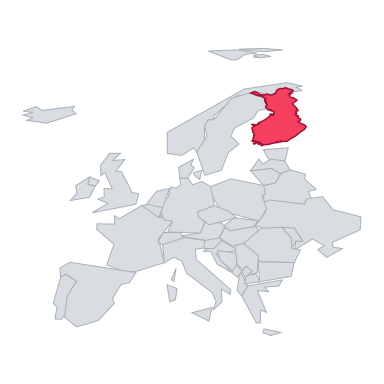 Finland on a map of Europe (Equal Earth projection)
{"feature_id": "FIN", "entity_name": "Finland", "entity_type": "country or territory", "adm_level": 0, "iso_a3": "FIN", "parent_name": "Europe", "parent_adm1": "", "projection": "equal_earth", "projection_center": [24.864, 64.94], "detail": "fine", "context": "in_parent", "style": "filled", "palette": "rose", "viewbox_px": 384, "rotation_deg": 0, "n_neighbors": 37, "source": "natural_earth", "source_scale": "50m", "svg_char_len": 12737}
<svg xmlns="http://www.w3.org/2000/svg" viewBox="0 0 384 384"><path d="M208.2,51.0L237.0,49.9L256.9,53.0L245.7,54.2L236.7,59.9L231.2,60.0L208.2,51.0ZM301.8,90.4L289.7,92.8L291.6,89.4L285.4,87.4L270.9,94.9L254.0,91.3L247.1,96.1L237.9,95.3L213.9,115.7L213.6,119.9L208.5,119.8L204.5,125.3L204.4,143.8L196.7,151.9L193.5,147.9L181.9,155.4L167.4,153.6L167.3,132.3L244.1,89.1L287.3,82.6L302.4,86.1L296.3,87.3L301.8,90.4ZM282.7,49.9L263.5,51.7L238.8,49.2L263.1,48.4L282.7,49.9ZM270.9,56.4L260.9,57.7L253.1,57.0L256.2,56.2L253.5,55.1L262.8,54.5L270.9,56.4Z" fill="#d9dde1" stroke="#a8b0b8" stroke-width="1"/><path d="M141.8,205.4L172.5,221.3L158.4,238.8L164.4,262.7L128.7,273.6L106.8,264.9L114.0,244.3L96.7,229.3L97.1,223.8L114.7,224.1L114.2,215.6L119.2,218.8L141.8,205.4ZM171.3,279.7L176.0,268.2L174.0,281.4L171.3,279.7Z" fill="#d9dde1" stroke="#a8b0b8" stroke-width="1"/><path d="M196.7,151.9L206.9,136.4L204.5,125.3L208.5,119.8L213.6,119.9L231.7,98.2L251.0,92.6L265.0,98.6L266.7,108.9L258.0,110.4L253.7,117.8L235.0,127.6L230.7,136.1L239.1,144.0L228.0,152.8L221.6,170.2L204.9,175.3L196.7,151.9Z" fill="#d9dde1" stroke="#a8b0b8" stroke-width="1"/><path d="M290.0,169.8L305.1,174.0L304.7,179.1L316.2,189.4L308.3,191.4L311.4,198.4L304.5,204.1L263.8,202.2L263.7,185.5L275.4,182.8L280.7,173.6L290.0,169.8Z" fill="#d9dde1" stroke="#a8b0b8" stroke-width="1"/><path d="M333.1,247.2L342.4,248.6L326.7,257.4L317.7,249.7L324.4,245.6L312.5,239.0L294.7,249.9L295.7,241.0L302.7,241.1L294.2,228.1L271.6,231.0L255.1,225.8L266.1,210.7L263.8,202.2L269.8,200.0L304.5,204.1L306.5,198.9L322.6,196.7L332.8,209.6L361.0,216.9L360.2,229.8L332.5,242.3L333.1,247.2Z" fill="#d9dde1" stroke="#a8b0b8" stroke-width="1"/><path d="M263.7,185.5L265.5,194.2L262.0,195.6L266.7,208.6L259.2,221.2L220.8,210.7L209.9,192.1L210.6,186.6L230.8,178.9L263.7,185.5Z" fill="#d9dde1" stroke="#a8b0b8" stroke-width="1"/><path d="M224.7,228.0L218.3,239.1L209.9,241.1L179.3,235.9L200.2,233.1L204.9,222.3L222.1,223.0L224.7,228.0Z" fill="#d9dde1" stroke="#a8b0b8" stroke-width="1"/><path d="M255.1,225.8L258.7,229.9L248.4,242.0L232.7,246.3L219.5,237.8L224.7,228.0L255.1,225.8Z" fill="#d9dde1" stroke="#a8b0b8" stroke-width="1"/><path d="M282.0,227.3L294.2,228.1L302.7,241.1L295.7,241.0L292.0,248.5L291.2,238.1L282.0,227.3Z" fill="#d9dde1" stroke="#a8b0b8" stroke-width="1"/><path d="M292.0,248.5L300.4,250.0L294.3,262.6L259.8,261.7L243.5,243.5L261.3,228.3L282.0,227.3L291.2,238.1L292.0,248.5Z" fill="#d9dde1" stroke="#a8b0b8" stroke-width="1"/><path d="M280.7,173.6L275.4,182.8L263.7,185.5L250.4,170.7L271.5,168.4L280.7,173.6Z" fill="#d9dde1" stroke="#a8b0b8" stroke-width="1"/><path d="M284.9,161.0L290.0,169.8L280.7,173.6L271.5,168.4L250.4,170.7L258.8,159.1L263.0,164.1L273.2,157.7L284.9,161.0Z" fill="#d9dde1" stroke="#a8b0b8" stroke-width="1"/><path d="M288.3,147.9L284.9,161.0L268.5,158.9L263.3,149.7L288.3,147.9Z" fill="#d9dde1" stroke="#a8b0b8" stroke-width="1"/><path d="M210.6,186.6L214.4,205.7L197.7,211.9L204.9,222.3L200.2,233.1L167.7,231.9L172.5,221.3L164.2,219.9L161.4,212.9L162.6,200.2L167.9,197.5L170.7,187.0L176.3,188.2L180.6,184.7L179.8,178.1L187.7,178.0L192.7,184.8L201.9,181.5L210.6,186.6Z" fill="#d9dde1" stroke="#a8b0b8" stroke-width="1"/><path d="M258.0,258.4L259.8,261.7L294.3,262.6L291.0,276.3L259.6,281.8L258.0,258.4Z" fill="#d9dde1" stroke="#a8b0b8" stroke-width="1"/><path d="M280.8,332.4L270.7,335.6L262.8,332.5L264.0,328.9L280.8,332.4ZM247.5,285.8L282.4,279.9L279.0,286.0L264.4,287.1L268.7,291.7L257.5,290.6L266.3,312.3L260.4,310.1L260.6,322.8L256.3,322.9L241.8,295.9L247.5,285.8Z" fill="#d9dde1" stroke="#a8b0b8" stroke-width="1"/><path d="M247.5,285.8L241.8,295.9L237.2,290.7L239.8,270.8L247.5,285.8Z" fill="#d9dde1" stroke="#a8b0b8" stroke-width="1"/><path d="M221.6,240.5L238.3,250.4L216.0,253.7L231.8,272.5L217.1,264.2L210.9,251.7L203.4,251.2L221.6,240.5Z" fill="#d9dde1" stroke="#a8b0b8" stroke-width="1"/><path d="M180.3,232.6L184.2,240.7L165.0,246.2L157.9,242.3L163.2,232.5L180.3,232.6Z" fill="#d9dde1" stroke="#a8b0b8" stroke-width="1"/><path d="M159.8,213.2L161.6,217.9L158.7,217.4L159.8,213.2Z" fill="#d9dde1" stroke="#a8b0b8" stroke-width="1"/><path d="M162.6,207.9L158.7,217.4L141.8,205.4L156.4,203.0L162.6,207.9Z" fill="#d9dde1" stroke="#a8b0b8" stroke-width="1"/><path d="M169.4,188.5L162.6,207.9L146.7,203.9L156.5,191.3L169.4,188.5Z" fill="#d9dde1" stroke="#a8b0b8" stroke-width="1"/><path d="M60.6,277.3L66.0,274.1L76.5,281.4L67.3,295.8L68.3,308.8L61.6,319.3L54.9,319.0L57.0,307.2L53.3,303.3L60.6,277.3Z" fill="#d9dde1" stroke="#a8b0b8" stroke-width="1"/><path d="M64.5,317.1L67.3,295.8L76.5,281.4L66.0,274.1L60.6,277.3L60.0,268.0L69.8,262.3L136.0,272.5L129.3,282.7L121.1,284.4L112.5,298.5L114.5,303.3L98.1,320.6L76.5,326.8L64.5,317.1Z" fill="#d9dde1" stroke="#a8b0b8" stroke-width="1"/><path d="M95.4,185.8L89.5,197.3L70.4,200.5L76.9,192.9L75.6,185.7L89.7,176.9L87.9,184.4L95.4,185.8Z" fill="#d9dde1" stroke="#a8b0b8" stroke-width="1"/><path d="M185.0,237.5L205.0,240.5L205.3,247.7L195.4,249.3L196.3,259.5L230.8,289.8L230.1,294.3L221.4,289.1L222.0,301.9L213.0,310.2L216.1,301.4L212.1,292.4L186.8,273.5L181.6,260.9L173.8,257.3L164.4,262.7L162.6,244.5L185.0,237.5ZM192.1,312.7L212.1,307.5L208.8,321.1L192.1,312.7ZM167.0,284.9L177.1,288.6L175.4,299.6L169.8,301.8L167.0,284.9Z" fill="#d9dde1" stroke="#a8b0b8" stroke-width="1"/><path d="M187.7,178.0L179.8,178.1L178.7,167.3L193.4,159.3L190.9,164.9L194.3,167.8L187.7,178.0ZM202.1,170.2L199.7,179.2L194.2,175.3L193.7,172.4L202.1,170.2Z" fill="#d9dde1" stroke="#a8b0b8" stroke-width="1"/><path d="M95.4,185.8L87.9,184.4L89.7,176.9L99.5,180.9L95.4,185.8ZM112.3,189.1L104.8,172.4L101.1,175.7L100.3,165.6L109.5,153.4L120.4,153.3L112.9,160.5L124.7,159.6L115.9,171.1L121.5,171.6L132.1,192.5L138.8,193.8L135.8,204.3L92.2,212.7L107.8,203.3L97.9,199.2L104.3,197.0L104.0,188.4L112.3,189.1Z" fill="#d9dde1" stroke="#a8b0b8" stroke-width="1"/><path d="M74.4,106.4L71.9,110.0L76.2,113.8L46.8,123.1L26.7,120.4L32.9,117.9L23.0,115.1L33.1,112.3L23.0,111.1L36.1,106.7L42.3,110.4L74.4,106.4Z" fill="#d9dde1" stroke="#a8b0b8" stroke-width="1"/><path d="M205.0,240.5L219.5,237.8L221.6,240.5L213.7,248.7L203.9,248.4L205.0,240.5Z" fill="#d9dde1" stroke="#a8b0b8" stroke-width="1"/><path d="M257.9,220.7L253.8,226.6L229.8,230.8L224.2,225.4L234.4,217.7L257.9,220.7Z" fill="#d9dde1" stroke="#a8b0b8" stroke-width="1"/><path d="M214.4,205.7L228.8,211.2L236.2,217.7L209.2,224.8L198.9,217.3L197.7,211.9L214.4,205.7Z" fill="#d9dde1" stroke="#a8b0b8" stroke-width="1"/><path d="M232.5,271.1L220.0,259.9L217.4,250.5L238.1,253.4L238.3,263.7L232.5,271.1Z" fill="#d9dde1" stroke="#a8b0b8" stroke-width="1"/><path d="M256.1,273.8L259.6,281.8L244.9,283.8L246.1,275.9L256.1,273.8Z" fill="#d9dde1" stroke="#a8b0b8" stroke-width="1"/><path d="M235.1,245.2L243.5,243.5L258.4,255.6L257.2,272.6L251.2,274.4L246.6,266.1L243.1,269.8L236.8,264.1L235.1,245.2Z" fill="#d9dde1" stroke="#a8b0b8" stroke-width="1"/><path d="M241.9,271.6L237.4,277.4L231.8,272.5L236.8,264.1L241.9,271.6Z" fill="#d9dde1" stroke="#a8b0b8" stroke-width="1"/><path d="M245.0,277.5L241.9,271.6L245.5,266.5L252.4,270.8L245.0,277.5Z" fill="#d9dde1" stroke="#a8b0b8" stroke-width="1"/><path d="M268.0,110.0L267.5,109.0L267.2,108.6L266.8,108.1L266.0,107.9L265.8,107.7L265.7,107.5L265.7,107.2L265.6,106.8L265.6,106.5L265.7,106.3L266.1,106.1L266.6,105.8L266.7,105.5L266.7,105.1L266.9,104.7L267.2,104.5L267.1,104.3L267.0,104.1L266.6,103.8L266.1,103.5L265.7,103.1L265.5,102.8L265.4,102.5L265.4,102.2L265.6,102.1L266.1,101.8L266.2,101.7L266.0,101.2L265.6,101.1L264.6,101.1L264.6,100.9L264.6,100.7L265.0,100.4L265.0,100.2L264.8,99.8L264.8,99.3L264.8,98.9L265.5,98.6L264.7,98.1L264.1,97.8L264.0,97.6L263.3,97.5L262.9,96.9L261.7,96.3L261.3,96.2L259.3,95.8L258.5,95.8L257.5,95.6L256.8,95.3L256.2,95.1L255.7,94.9L254.9,94.7L254.7,94.5L254.0,94.2L253.6,94.0L252.3,93.6L252.3,93.4L252.2,93.2L250.9,93.0L251.2,92.8L252.2,92.8L253.1,92.9L253.4,92.7L253.0,92.2L253.5,91.9L254.1,91.8L255.0,91.8L255.7,91.8L255.8,91.8L256.7,92.4L257.6,92.9L258.0,93.2L259.0,93.9L259.4,94.3L259.6,94.5L260.0,94.5L262.8,94.8L263.1,94.9L264.0,94.9L264.7,94.8L265.9,94.6L266.6,94.1L267.3,94.1L269.0,94.6L270.8,94.9L271.3,95.1L271.9,95.2L272.6,95.0L273.1,94.3L273.4,94.0L274.0,93.8L274.6,93.7L275.0,93.7L275.4,93.5L275.9,93.2L276.0,92.8L275.9,92.0L275.9,91.7L276.3,91.3L276.9,90.2L277.1,89.9L277.4,89.7L277.8,89.6L278.5,89.3L279.6,88.6L279.9,88.6L280.6,88.5L281.5,88.6L282.4,88.7L282.5,88.7L282.9,88.6L283.5,88.4L284.7,88.0L285.5,87.9L286.1,87.9L286.9,88.4L288.0,88.8L288.7,89.1L290.6,89.5L292.3,89.8L293.2,90.8L292.8,91.2L292.6,91.3L291.8,91.7L290.9,92.3L290.9,92.5L291.2,92.8L291.5,93.0L289.6,93.5L288.9,93.6L289.1,93.8L290.3,93.8L290.5,93.9L290.7,94.1L290.5,94.3L289.3,95.5L289.2,95.7L289.7,96.4L290.3,97.2L293.6,97.9L294.5,98.6L296.0,99.5L296.8,99.8L296.9,100.0L296.7,100.6L295.8,101.2L294.9,101.8L294.0,102.4L293.3,103.0L292.6,103.6L292.5,103.9L292.5,104.1L292.6,104.3L293.7,105.1L294.6,106.0L295.0,106.5L295.2,106.9L295.7,107.4L296.4,107.9L296.9,108.4L297.1,108.8L297.9,110.1L298.0,110.4L298.0,110.7L297.6,110.7L296.9,110.8L296.1,110.9L296.1,111.0L296.6,111.3L296.2,111.8L296.1,112.6L295.7,113.0L296.7,113.3L296.8,113.7L296.7,113.9L296.2,114.0L295.7,114.3L295.6,114.5L295.9,115.0L296.2,115.4L296.6,115.6L298.1,115.8L298.3,116.0L298.4,116.5L297.7,117.0L298.0,117.6L298.4,118.1L299.9,118.6L300.4,118.8L300.5,119.0L300.6,119.4L300.6,119.8L300.5,120.1L300.1,120.5L299.1,121.3L298.0,121.7L298.3,122.0L300.2,123.1L303.2,124.3L304.3,124.8L304.7,125.2L305.1,125.7L305.7,126.0L306.1,126.3L306.2,126.5L306.2,126.8L305.8,127.4L305.5,127.9L305.0,128.7L304.6,129.2L303.3,130.1L301.4,131.3L301.0,131.7L300.1,132.3L298.6,133.6L298.2,133.9L297.0,134.9L296.4,135.2L296.0,135.5L294.7,136.5L292.1,137.9L291.7,138.2L290.4,138.9L287.2,141.2L286.5,141.4L285.7,141.4L285.4,141.6L284.2,141.1L283.3,141.2L282.7,141.6L281.5,141.7L280.8,141.8L280.5,141.9L280.4,141.6L280.5,141.1L280.8,140.8L280.8,140.6L280.6,140.6L280.2,141.1L280.0,141.6L279.6,141.9L278.7,142.0L277.8,141.5L277.4,141.5L277.6,141.8L277.8,142.2L277.8,142.4L277.3,142.3L276.8,142.5L276.3,142.8L276.1,142.8L275.8,142.4L275.2,142.6L274.7,142.9L273.7,143.0L273.1,143.3L272.1,143.5L271.5,143.5L270.1,143.8L269.7,144.2L269.3,144.4L268.8,144.3L267.1,144.5L265.4,144.8L264.7,144.7L264.1,144.6L263.3,145.0L262.5,145.5L261.7,145.7L261.4,145.6L261.6,145.4L262.2,145.1L262.6,144.7L262.6,144.4L262.4,144.3L262.0,144.2L261.6,143.9L261.1,143.2L260.9,143.2L260.8,143.4L260.6,143.9L260.5,144.1L260.0,144.3L259.7,144.4L258.7,144.4L258.6,144.1L258.8,143.6L258.6,143.5L258.8,143.3L259.0,143.3L259.3,143.2L259.4,142.9L259.0,142.9L259.4,142.3L259.4,142.1L259.1,142.2L257.7,142.0L256.0,141.4L255.5,141.3L255.3,140.8L254.9,140.9L254.2,141.2L253.8,140.9L253.3,140.8L253.2,140.5L253.2,140.1L253.2,139.7L253.1,139.2L253.0,138.5L253.1,137.9L253.5,137.5L253.6,137.2L253.9,136.5L253.9,135.7L253.8,135.4L254.2,135.3L254.1,135.1L253.8,134.8L253.9,134.7L254.3,134.7L254.1,134.1L254.1,133.9L253.7,133.2L253.3,132.6L252.6,132.2L252.9,131.4L253.2,130.7L253.1,130.4L253.0,130.0L252.2,129.6L252.1,129.0L252.0,128.3L252.0,127.9L252.2,127.6L252.5,127.3L253.9,126.4L254.0,125.9L254.9,125.8L254.5,125.4L254.4,125.2L254.4,124.9L255.7,124.7L256.2,124.8L257.3,124.6L258.4,124.2L258.2,123.8L258.0,123.5L258.2,123.4L258.5,123.5L258.4,123.3L258.4,123.1L258.8,123.2L259.5,122.7L259.5,122.3L260.7,122.0L262.0,121.2L262.7,121.0L263.2,120.8L264.5,120.0L265.1,120.0L265.3,119.4L266.4,118.7L266.7,118.6L267.2,118.0L268.6,117.2L269.4,116.3L269.9,116.0L270.0,115.6L270.5,115.6L271.0,115.3L272.0,115.1L272.9,115.2L273.3,115.3L273.7,115.3L273.7,114.9L273.4,114.8L273.6,114.6L274.1,114.4L274.1,114.1L274.0,113.9L273.5,113.7L273.8,113.1L273.8,112.5L274.0,111.8L273.5,111.4L271.4,110.8L271.1,110.8L270.6,110.7L270.1,110.2L270.3,109.8L270.4,109.7L270.2,109.7L269.9,109.9L269.2,110.1L268.4,109.9L268.0,110.0ZM257.2,142.2L257.9,142.3L258.2,142.3L258.5,142.6L257.9,142.8L257.9,143.1L258.1,143.3L258.2,143.5L257.6,143.5L257.4,143.3L257.3,143.0L257.0,142.9L256.7,142.7L256.9,142.5L257.0,142.3L257.2,142.2ZM271.5,114.5L270.7,114.7L270.1,114.6L270.1,114.2L270.5,114.1L271.2,114.0L272.1,114.2L272.2,114.3L271.7,114.3L271.5,114.5ZM252.7,124.6L252.7,124.8L253.0,124.7L253.4,124.5L253.7,124.6L253.7,124.9L253.4,124.9L253.2,125.0L252.8,125.2L252.3,124.9L252.0,124.4L252.8,124.4L252.7,124.5L252.7,124.6ZM253.4,141.2L253.3,141.5L252.9,141.5L252.6,141.5L252.3,141.2L252.1,140.7L252.4,140.5L252.6,140.8L253.4,141.2ZM256.2,142.4L255.9,142.4L255.3,142.1L255.5,141.9L255.3,141.7L255.8,141.8L256.0,142.0L255.8,142.1L256.2,142.3L256.2,142.4ZM255.4,143.6L254.8,143.9L254.6,143.8L254.7,143.4L255.0,143.3L255.5,143.3L255.4,143.6ZM254.3,143.9L253.8,143.9L253.5,143.7L253.9,143.4L254.3,143.5L254.3,143.9Z" fill="#f43f5e" stroke="#9f1239" stroke-width="1.5"/></svg>